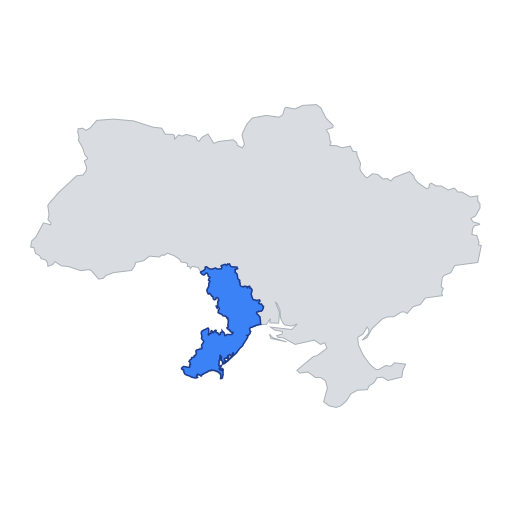 where Odessa sits in Ukraine
{"feature_id": "UKR-322", "entity_name": "Odessa", "entity_type": "Region", "adm_level": 1, "iso_a3": "UKR", "parent_name": "Ukraine", "parent_adm1": "", "projection": "orthographic", "projection_center": [29.872, 46.718], "detail": "fine", "context": "in_parent", "style": "filled", "palette": "blue", "viewbox_px": 512, "rotation_deg": 0, "n_neighbors": 0, "source": "natural_earth", "source_scale": "10m", "svg_char_len": 9705}
<svg xmlns="http://www.w3.org/2000/svg" viewBox="0 0 512 512"><path d="M363.4,355.6L370.4,364.9L376.0,369.5L378.7,369.5L385.8,365.5L390.7,366.3L394.6,362.8L405.6,364.2L402.8,370.6L401.8,377.1L387.9,380.5L382.5,377.2L377.0,377.7L374.2,382.5L369.0,386.0L367.4,389.7L357.4,390.2L350.9,393.8L346.2,401.1L340.8,405.8L336.4,407.4L329.4,406.0L323.6,401.7L327.4,388.0L325.5,380.8L321.0,377.6L315.4,377.5L308.0,372.0L299.8,373.1L296.9,370.3L313.4,356.5L317.0,355.7L326.9,348.3L324.8,342.7L320.5,344.4L314.3,340.1L295.2,344.4L283.4,337.9L278.0,337.3L276.6,335.7L282.1,334.0L282.5,331.5L274.7,330.1L270.5,327.1L291.7,329.5L297.2,324.0L291.4,326.1L285.4,325.0L283.2,323.4L280.5,318.0L280.1,310.5L277.3,303.9L275.2,301.8L279.5,312.6L278.7,323.2L269.8,322.9L270.5,318.5L266.4,324.3L259.5,324.6L250.6,327.5L247.0,338.4L235.5,353.8L224.9,358.9L221.3,358.1L219.8,359.3L219.1,363.9L220.9,366.2L222.4,373.8L221.8,376.9L218.1,372.7L213.7,370.8L208.9,371.4L200.0,375.6L197.0,374.8L197.3,377.0L196.4,377.7L188.1,375.4L184.6,373.2L181.9,369.2L184.5,367.4L189.6,366.8L189.5,361.1L195.9,354.1L196.2,350.9L201.8,346.6L203.4,341.8L201.5,334.7L202.3,331.0L208.3,328.6L208.7,334.1L210.0,333.6L211.4,330.8L219.5,333.5L221.9,331.6L225.4,335.3L231.7,334.3L233.1,332.5L227.7,328.1L228.1,321.1L226.4,317.0L218.5,311.9L216.9,305.6L217.7,300.2L213.7,298.0L207.3,291.7L209.3,280.9L209.0,276.8L207.2,273.6L202.0,274.1L198.3,267.6L192.1,266.3L190.4,268.6L189.4,266.4L187.3,266.4L187.5,263.8L186.1,262.8L181.0,262.0L179.8,259.5L174.3,255.8L167.5,253.2L163.8,255.5L162.1,254.8L159.3,257.0L149.6,256.1L143.7,260.7L135.6,262.5L134.7,265.9L131.6,270.4L113.6,272.6L105.9,275.5L103.3,278.3L98.6,279.1L91.1,270.4L88.7,269.6L80.8,270.7L68.1,266.4L61.5,265.9L55.0,261.7L52.6,264.6L47.9,266.4L47.6,263.2L45.7,260.0L41.1,258.6L39.7,255.8L35.6,253.4L33.8,247.5L30.7,247.2L31.6,241.1L35.9,237.0L43.4,222.9L50.7,224.8L51.1,223.3L47.9,219.5L49.0,214.9L47.8,205.4L49.5,203.0L58.6,192.6L76.6,175.8L83.0,175.0L86.2,170.7L86.6,167.4L84.3,160.8L87.5,158.8L87.4,157.7L84.9,154.9L82.6,147.7L78.4,140.3L79.1,137.1L77.7,132.3L78.1,128.8L82.5,128.2L86.1,130.4L90.5,127.7L96.6,120.4L113.3,119.1L133.4,120.9L153.1,127.2L161.8,128.2L165.2,134.2L172.5,134.3L174.5,135.5L174.7,139.1L178.6,134.8L182.1,136.1L186.3,134.4L196.1,137.1L197.2,140.4L199.1,141.3L202.0,137.2L208.0,134.0L213.8,143.4L218.7,141.4L233.2,139.8L236.7,142.7L237.3,145.5L242.4,147.8L244.4,144.3L242.0,135.2L243.1,131.7L247.1,123.8L252.3,118.0L266.2,115.4L279.1,117.2L282.8,114.7L284.5,108.6L286.1,107.3L294.8,109.0L302.7,105.4L316.3,104.6L320.9,107.9L325.9,118.0L333.1,125.2L332.8,127.6L326.8,129.4L326.7,130.7L329.0,134.1L330.1,141.3L331.2,142.1L329.9,145.4L336.6,145.7L342.0,147.8L350.3,146.1L353.0,151.4L356.7,151.8L357.0,155.3L360.6,163.6L359.8,168.1L360.5,170.8L365.3,176.9L367.4,177.7L372.4,173.8L377.9,174.5L382.9,179.0L387.6,178.6L390.8,181.0L393.9,177.6L409.5,171.6L413.8,175.7L414.6,178.6L417.5,182.4L426.6,188.7L428.9,187.7L429.3,184.4L431.1,183.1L436.2,186.0L441.0,185.9L448.2,190.0L454.3,188.0L457.9,192.0L461.9,192.0L470.4,197.0L477.7,195.8L477.9,201.4L479.9,203.6L480.0,208.0L475.6,215.8L470.9,218.6L473.0,221.9L479.1,223.6L479.6,224.6L474.5,225.8L472.6,228.7L471.9,234.5L476.9,235.7L479.1,242.5L478.3,244.8L481.3,245.7L477.8,262.5L454.7,265.5L450.9,272.6L444.2,275.4L442.3,277.6L441.1,286.9L443.3,288.3L441.7,292.4L442.4,295.6L425.2,298.0L420.5,304.5L413.1,306.7L407.1,313.5L404.1,311.8L400.8,312.2L393.8,316.7L387.2,316.9L382.2,319.0L371.7,329.0L367.1,337.5L362.2,340.2L368.8,333.1L368.9,329.6L367.1,327.1L363.1,334.0L357.7,337.3L358.4,345.0L363.4,355.6ZM286.5,341.9L270.9,338.4L269.4,334.0L272.9,337.8L286.5,341.9Z" fill="#d9dde1" stroke="#a8b0b8" stroke-width="1"/><path d="M181.9,369.2L181.5,368.8L182.0,367.6L183.5,366.5L185.4,366.7L187.4,367.3L189.1,367.4L189.6,367.1L189.8,366.7L189.6,365.2L189.9,364.8L190.6,364.4L190.3,363.9L190.0,362.3L189.0,361.4L190.1,359.8L191.4,359.2L191.5,358.9L191.4,358.2L191.8,357.5L193.6,357.3L194.3,356.9L194.4,356.6L194.3,355.6L195.3,355.3L196.1,354.7L196.3,354.2L196.4,353.4L195.9,351.5L196.0,350.8L196.3,350.3L196.7,350.0L201.4,348.8L202.0,348.5L202.1,347.7L201.6,346.1L201.6,345.1L201.8,344.5L202.7,343.5L203.3,342.5L203.7,341.6L203.5,340.8L201.5,338.7L201.5,338.1L201.9,336.9L201.9,336.3L201.2,333.1L201.4,332.0L201.9,331.2L203.9,329.9L205.3,329.4L207.7,328.1L208.2,328.1L208.6,328.6L208.8,329.4L208.8,333.1L208.2,334.2L208.2,334.6L208.6,335.0L209.2,334.6L210.2,333.6L210.8,333.5L211.0,333.0L210.9,331.9L211.0,331.4L211.4,330.6L211.8,330.7L212.9,332.8L213.2,332.8L214.4,331.0L214.9,330.5L215.4,330.2L216.0,330.3L216.2,330.5L216.1,331.0L215.8,331.9L216.0,332.4L217.6,332.9L218.0,333.2L218.7,334.6L219.5,334.9L220.3,334.3L220.5,333.7L220.4,332.8L220.6,332.5L221.8,332.3L222.1,331.8L222.1,330.7L222.5,331.3L223.9,332.6L224.4,333.5L224.6,334.2L224.6,335.2L225.1,335.7L225.7,335.7L226.6,334.8L227.5,334.4L230.6,334.6L231.8,334.4L232.5,333.7L233.1,332.5L232.3,332.2L231.7,332.5L230.0,331.1L230.2,330.7L229.7,329.8L229.4,329.7L228.9,329.9L228.6,329.4L227.5,328.9L227.1,328.4L227.0,327.6L228.0,327.4L228.3,326.6L227.8,325.1L227.9,324.5L228.2,323.4L228.4,320.3L227.9,319.2L227.8,317.8L227.5,317.6L226.8,317.9L226.3,316.7L225.6,316.1L223.2,315.9L222.7,315.6L221.7,314.1L220.0,313.8L219.2,313.0L218.4,313.0L218.1,312.6L218.5,310.1L219.1,309.3L219.3,308.8L219.3,308.2L219.1,307.7L218.4,307.0L218.0,307.1L217.4,308.0L217.1,308.2L216.1,306.2L217.4,305.8L217.8,305.3L218.0,304.4L217.7,302.4L217.8,301.6L218.4,301.2L218.7,300.6L218.7,299.7L218.5,298.8L218.1,298.1L217.2,297.6L216.2,297.6L215.6,299.3L215.1,299.7L214.3,299.8L213.6,299.3L213.2,298.7L213.0,297.0L212.7,296.5L211.5,296.0L211.0,294.7L210.2,294.2L209.8,293.4L209.4,293.2L209.0,293.4L208.5,294.0L208.0,293.7L207.8,293.3L207.2,291.6L206.8,290.1L207.2,289.1L208.5,287.0L208.8,285.6L208.8,284.2L209.0,283.0L210.0,281.6L209.9,281.2L209.6,280.9L208.7,280.5L208.5,280.3L208.5,279.9L208.7,279.2L209.9,277.7L210.0,277.2L208.4,276.4L207.8,274.0L207.2,273.2L206.4,273.0L205.6,273.4L204.4,274.9L203.5,275.0L202.7,274.7L201.8,274.0L201.0,273.1L200.5,272.2L201.0,271.8L203.1,270.8L203.7,270.5L204.3,269.7L205.2,269.1L205.3,268.7L205.1,267.3L205.2,267.1L206.3,266.7L206.7,266.8L208.4,268.2L210.3,269.1L212.7,269.0L215.1,268.0L215.5,268.0L217.1,268.9L219.0,269.0L220.8,268.8L221.3,268.9L221.9,267.3L221.7,266.9L221.1,266.0L221.2,265.6L221.5,265.4L222.4,265.4L223.8,264.6L225.0,264.3L225.7,264.7L226.3,265.4L226.6,265.5L226.8,265.3L227.5,264.0L227.7,263.9L228.5,264.3L229.5,263.9L230.3,265.7L230.8,266.4L231.7,266.8L237.0,267.1L237.1,268.0L237.6,268.4L237.6,268.8L236.8,268.8L236.5,269.1L236.1,269.1L234.9,269.7L234.9,270.0L235.2,270.2L235.3,270.5L235.3,271.3L235.1,271.7L235.1,272.4L235.4,272.7L236.2,273.0L237.1,274.2L237.8,278.5L238.1,279.1L239.7,280.2L239.8,281.0L239.3,281.6L239.3,281.9L240.2,283.0L240.2,283.4L239.9,284.2L240.4,285.7L241.8,286.7L243.1,286.5L243.7,286.9L244.8,286.1L245.6,286.5L246.7,286.5L247.0,286.8L247.2,287.8L247.5,288.0L247.8,287.8L248.1,286.6L249.6,286.2L249.9,286.6L249.9,287.2L249.8,288.0L251.0,288.2L252.0,289.6L252.1,290.8L252.0,291.1L251.7,291.3L251.6,292.5L251.1,294.0L252.5,298.3L253.3,299.8L255.8,300.0L256.3,300.6L256.6,300.7L257.3,300.3L259.5,299.9L259.9,300.5L260.0,301.1L259.8,301.5L259.5,301.9L258.6,302.4L258.6,303.3L260.3,304.2L261.4,303.9L261.8,304.7L262.3,305.2L262.6,306.0L263.5,306.3L263.6,306.7L263.3,307.4L263.3,308.3L262.8,309.1L262.4,310.2L261.7,310.6L261.5,311.1L259.3,311.4L258.6,311.2L258.1,311.9L256.7,312.1L256.5,312.3L256.8,313.5L257.2,314.2L258.3,314.9L259.1,316.2L260.0,316.9L260.3,320.3L260.5,320.9L260.4,322.3L260.8,324.4L260.0,324.4L255.7,325.5L254.8,326.2L254.3,326.1L253.9,326.2L252.1,327.4L250.7,327.2L250.4,327.4L249.5,328.9L250.2,331.1L250.7,331.5L250.3,332.1L250.0,333.4L248.5,335.3L247.1,335.2L246.8,335.4L247.6,336.0L247.8,336.4L247.8,336.8L246.9,338.7L245.1,341.3L244.2,343.0L243.5,343.5L242.8,345.6L239.5,348.7L236.6,352.7L235.1,354.2L233.4,355.6L233.4,355.1L233.3,352.9L233.1,352.8L232.6,353.5L232.2,355.8L231.6,355.5L231.3,355.8L230.1,354.8L229.5,354.5L228.9,354.8L228.6,355.6L228.4,357.4L227.9,356.6L228.1,355.9L228.0,355.7L227.7,355.8L227.5,356.3L227.6,357.5L228.1,358.2L227.9,359.2L227.6,358.6L227.0,358.2L226.9,357.7L226.7,357.7L226.3,358.2L225.0,358.3L224.4,358.7L224.3,359.5L224.5,360.0L225.5,360.5L226.1,361.2L224.6,362.1L224.1,361.9L223.9,362.2L224.1,362.6L222.9,363.1L222.6,363.4L222.6,362.4L222.3,361.4L221.8,360.6L221.2,360.3L221.3,360.0L221.2,358.2L221.6,357.0L221.2,356.4L220.5,355.8L220.2,355.3L219.9,355.5L220.0,356.1L220.4,356.7L219.7,358.2L219.7,359.1L220.0,359.8L219.1,360.5L219.0,362.0L219.0,363.8L218.7,365.5L219.8,366.0L220.3,366.0L220.8,365.9L221.9,365.0L220.7,366.8L220.0,367.2L219.7,368.0L219.2,368.3L219.2,368.6L219.6,369.5L220.1,370.0L220.4,369.9L220.5,368.8L220.9,368.6L221.0,369.7L221.3,369.5L221.3,369.4L221.7,369.4L221.9,369.6L222.0,370.2L222.3,369.0L222.6,368.7L223.0,369.2L223.2,369.8L223.2,370.5L223.0,371.0L222.4,371.0L222.8,371.4L223.0,372.1L223.1,374.9L222.5,377.0L222.5,377.8L221.9,378.3L221.0,378.7L220.6,378.6L220.8,378.1L220.6,377.5L220.9,376.4L220.8,375.0L220.3,373.6L218.2,371.8L214.5,370.4L212.4,370.2L211.6,369.9L210.5,370.7L209.0,370.6L208.1,371.3L207.6,371.9L206.9,372.0L206.3,372.5L204.8,373.0L203.0,374.3L202.2,374.4L201.8,374.8L201.6,375.8L201.0,376.1L199.7,375.0L199.1,374.9L198.4,374.4L198.0,374.2L197.2,374.4L197.2,375.5L196.5,375.9L196.4,376.2L196.6,376.8L197.6,377.3L196.9,377.8L195.1,378.0L191.5,377.1L189.3,375.9L186.9,375.2L185.5,374.5L184.9,374.1L184.4,373.2L183.7,371.1L183.8,370.3L183.3,369.6L182.5,369.2L181.9,369.2ZM225.9,362.1L231.7,356.6L233.1,355.9L227.3,361.4L224.6,363.4L222.5,364.3L224.4,363.1L224.8,362.4L225.9,362.1Z" fill="#3b82f6" stroke="#1e3a8a" stroke-width="1.5"/></svg>